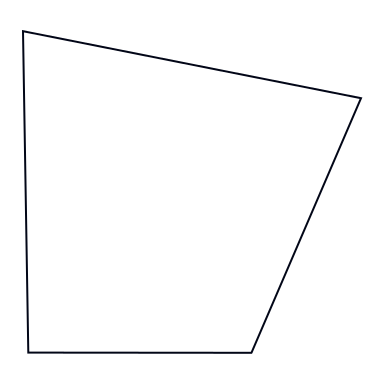 Paris Paris, Al Wadi at Jadid, Egypt (Natural Earth projection)
{"feature_id": "37247803B13722182372819", "entity_name": "Paris Paris", "entity_type": "district", "adm_level": 2, "iso_a3": "EGY", "parent_name": "Egypt", "parent_adm1": "Al Wadi at Jadid", "projection": "natural_earth1", "projection_center": [30.442, 22.93], "detail": "fine", "context": "isolated", "style": "outline", "palette": "ink", "viewbox_px": 384, "rotation_deg": 0, "n_neighbors": 0, "source": "geoboundaries", "source_scale": "gbopen_adm2", "svg_char_len": 194}
<svg xmlns="http://www.w3.org/2000/svg" viewBox="0 0 384 384"><path d="M28.3,352.6L251.4,352.8L251.5,352.7L361.0,98.2L23.0,31.2L28.3,352.6Z" fill="none" stroke="#020617" stroke-width="2"/></svg>